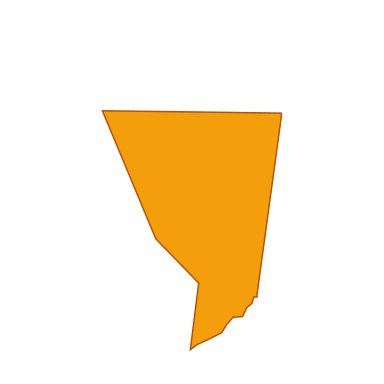 outline of Belvedere, Soufrière, Saint Lucia, rotated 222°
{"feature_id": "8701671B91352204106029", "entity_name": "Belvedere", "entity_type": "district", "adm_level": 2, "iso_a3": "LCA", "parent_name": "Saint Lucia", "parent_adm1": "Soufrière", "projection": "mercator", "projection_center": [-61.019, 13.835], "detail": "fine", "context": "isolated", "style": "filled", "palette": "amber", "viewbox_px": 384, "rotation_deg": 222, "n_neighbors": 0, "source": "geoboundaries", "source_scale": "gbopen_adm2", "svg_char_len": 408}
<svg xmlns="http://www.w3.org/2000/svg" viewBox="0 0 384 384"><g transform="rotate(222 192 192)"><path d="M312.9,192.3L312.3,192.1L187.6,133.0L126.1,128.8L87.7,73.7L86.0,82.4L81.4,93.0L75.8,107.3L77.6,116.9L77.6,126.5L71.1,133.2L73.9,142.8L73.0,149.5L75.8,155.3L73.3,157.6L74.2,158.0L176.9,309.1L178.5,310.3L312.3,193.0L312.7,192.6L312.9,192.3Z" fill="#f59e0b" stroke="#b45309" stroke-width="1.5"/></g></svg>